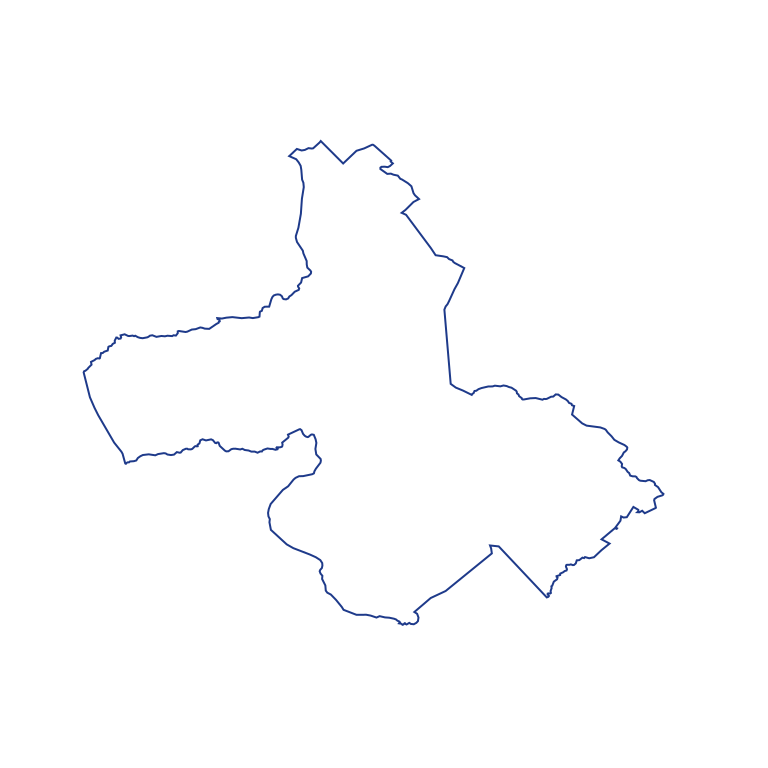 outline of Saldaña, Tolima, Colombia, rotated 282°
{"feature_id": "7082276B58225097542438", "entity_name": "Saldaña", "entity_type": "district", "adm_level": 2, "iso_a3": "COL", "parent_name": "Colombia", "parent_adm1": "Tolima", "projection": "equal_earth", "projection_center": [-75.023, 3.912], "detail": "fine", "context": "isolated", "style": "outline", "palette": "blue", "viewbox_px": 768, "rotation_deg": 282, "n_neighbors": 0, "source": "geoboundaries", "source_scale": "gbopen_adm2", "svg_char_len": 6155}
<svg xmlns="http://www.w3.org/2000/svg" viewBox="0 0 768 768"><g transform="rotate(282 384 384)"><path d="M587.2,243.9L585.6,251.4L583.0,254.5L580.1,257.1L576.3,258.6L566.9,261.4L564.1,263.3L559.9,264.6L548.1,265.2L533.2,267.3L519.0,267.8L510.4,267.0L508.6,267.4L504.8,269.4L497.5,276.9L495.0,278.0L488.2,282.8L484.8,283.6L481.9,284.8L479.7,288.4L478.6,289.4L476.9,289.5L473.5,287.4L470.6,281.9L466.0,281.8L462.2,279.4L461.5,279.6L459.8,281.2L458.3,281.0L455.7,277.5L451.7,275.0L449.9,273.2L447.8,272.5L446.4,270.6L446.2,268.1L446.7,267.2L448.6,265.9L449.7,263.8L449.6,261.6L448.9,259.7L447.7,257.8L446.0,256.8L443.5,256.2L435.8,255.6L434.8,251.3L433.1,249.5L430.2,249.3L429.0,247.7L428.5,247.6L424.0,248.2L423.2,247.1L421.2,242.0L421.0,238.2L418.8,231.1L417.9,221.8L416.1,216.0L414.3,211.8L413.8,207.2L413.0,207.6L412.4,209.8L411.1,210.3L410.4,209.5L409.5,209.5L407.9,207.6L401.6,201.6L400.9,197.2L401.2,194.6L401.1,192.5L398.5,188.4L397.3,184.7L394.3,180.7L393.6,179.1L393.2,172.3L392.6,171.3L390.8,171.7L388.1,170.4L387.9,168.0L386.8,166.8L386.2,162.2L385.1,159.8L384.7,156.3L382.8,151.6L383.5,147.3L382.6,145.0L381.2,143.8L380.4,142.7L378.6,138.4L378.4,135.8L378.6,133.6L379.5,130.6L378.8,129.6L379.1,128.1L377.9,124.8L377.8,123.7L378.7,120.0L376.8,116.2L375.0,117.2L373.7,116.9L373.0,115.0L373.9,113.4L373.8,112.5L370.4,111.6L368.4,112.2L366.8,110.3L364.6,109.4L363.7,107.4L363.0,106.7L359.3,106.8L357.4,103.6L355.8,102.4L355.4,100.8L350.1,100.7L349.8,100.4L349.7,98.7L348.7,97.0L347.2,95.9L344.7,92.8L342.1,93.9L338.3,91.4L337.3,91.1L334.9,89.2L334.1,88.0L332.9,87.8L309.9,99.1L300.5,105.8L294.0,111.0L270.6,132.2L263.2,141.2L261.4,142.8L252.5,147.4L252.3,148.1L253.4,148.7L254.1,149.6L254.3,150.8L255.4,151.6L256.5,155.4L257.7,157.6L260.4,158.6L262.7,160.7L264.4,162.9L266.3,168.5L266.7,175.1L268.5,177.6L270.6,183.1L270.7,184.9L270.0,186.8L270.2,190.4L271.3,193.3L274.3,195.5L274.3,198.5L274.7,199.4L277.5,200.9L279.5,203.7L279.8,205.0L279.4,205.9L279.9,208.7L280.7,210.0L283.6,211.9L284.1,212.7L284.1,214.0L284.4,214.7L285.9,214.3L287.5,215.8L290.7,216.0L292.2,218.0L291.8,221.6L293.9,226.4L293.5,228.3L291.2,231.2L291.3,232.4L292.1,232.9L292.4,233.7L292.2,234.4L289.3,236.2L285.7,242.3L285.3,243.7L285.9,245.9L288.5,248.2L289.3,249.9L289.8,252.0L290.1,257.0L291.2,258.9L290.5,261.5L290.8,265.4L290.3,268.2L291.0,271.6L290.5,274.6L292.3,276.9L292.6,278.6L293.9,279.1L294.9,280.3L296.7,283.4L296.9,286.7L297.3,288.2L297.1,291.5L298.0,293.4L298.5,293.5L299.3,292.1L299.8,292.3L300.4,295.4L301.3,297.1L301.9,297.4L303.6,297.4L305.5,296.6L311.6,301.5L312.7,301.7L314.5,300.6L322.0,310.5L322.4,311.3L321.7,312.9L318.4,315.2L316.9,317.2L316.3,318.8L316.2,320.4L316.5,321.0L319.1,323.0L319.7,324.0L319.7,325.9L315.7,328.6L312.3,330.1L306.2,330.4L301.0,332.4L297.5,337.6L295.9,338.2L293.8,338.2L287.0,335.0L284.2,334.1L282.0,334.0L280.8,332.5L277.1,324.1L276.1,320.0L273.8,317.0L271.7,315.4L264.0,311.5L259.4,307.1L243.1,298.1L237.6,297.3L233.8,297.4L230.5,298.5L228.1,300.4L224.9,300.7L217.8,303.7L206.9,322.2L204.6,329.4L201.8,346.9L200.4,353.3L198.5,358.3L196.0,360.8L193.6,361.5L191.1,361.5L189.0,360.3L187.5,360.0L185.4,361.3L183.6,363.6L180.4,364.0L174.8,368.5L169.8,370.0L168.1,371.9L167.0,375.8L162.9,381.9L157.1,389.1L154.7,391.4L152.5,405.1L154.6,414.6L154.7,419.0L154.0,425.2L156.0,428.0L155.9,433.5L156.5,437.8L156.5,442.6L156.2,444.7L155.3,446.3L154.8,448.5L154.2,449.1L153.0,448.5L153.1,451.0L152.3,452.1L152.7,452.9L154.3,453.9L154.3,454.5L153.7,454.9L153.5,456.1L155.6,458.4L154.9,460.2L155.2,463.1L157.1,465.3L159.1,466.5L162.7,466.3L166.1,464.2L167.3,461.1L184.4,474.2L194.3,487.3L240.7,524.7L245.4,523.0L248.1,521.3L249.0,530.0L209.1,587.6L210.0,589.0L211.0,589.4L212.2,587.8L213.0,587.7L213.4,588.4L213.6,590.1L214.3,590.7L216.1,590.0L219.2,590.4L220.9,589.8L221.6,590.5L226.0,591.2L229.0,593.9L230.7,594.0L231.3,592.9L231.9,592.7L233.8,596.0L235.2,595.8L237.1,598.4L238.6,599.6L239.5,601.3L240.9,601.5L243.2,599.9L244.6,599.9L245.1,600.3L245.7,603.0L246.4,604.3L246.1,606.4L246.5,607.5L248.4,608.9L251.6,609.2L252.3,611.6L255.4,614.2L255.3,615.9L256.5,616.6L256.2,620.9L258.2,625.4L266.6,631.2L274.8,637.8L277.3,629.1L291.0,639.8L290.7,641.7L291.3,642.0L291.8,640.2L299.4,643.7L303.8,643.5L303.2,646.1L304.2,649.2L315.6,653.5L313.8,658.9L312.4,659.3L311.3,658.5L311.6,660.5L313.7,662.9L311.8,665.9L319.1,675.4L319.5,675.7L326.4,672.4L327.8,672.5L330.5,675.0L332.9,679.3L333.8,680.1L334.6,680.2L335.8,677.8L340.1,673.5L341.6,670.0L342.8,669.8L344.3,668.3L345.3,663.9L344.7,662.0L343.3,660.1L342.7,654.8L343.0,653.4L344.5,651.1L345.5,650.3L345.9,649.1L345.4,646.4L345.6,643.9L347.9,642.3L348.7,640.6L351.1,638.1L351.8,636.6L352.0,634.3L353.0,633.6L355.3,633.5L357.2,631.3L358.0,629.1L360.3,630.0L363.2,631.8L366.9,632.8L368.3,634.1L370.5,635.3L372.4,635.2L373.0,634.6L374.3,631.9L375.7,625.7L377.3,620.9L380.2,617.4L383.2,612.8L385.3,610.5L385.9,609.1L386.5,604.6L385.4,590.8L386.7,586.0L393.2,574.3L402.0,574.6L402.3,572.3L403.6,571.5L404.0,568.9L405.5,567.4L406.7,565.2L408.1,560.4L409.9,556.7L409.5,554.1L406.9,552.2L406.3,550.1L403.3,546.3L402.9,545.3L402.7,543.6L401.6,542.3L401.8,535.3L400.4,530.0L397.9,523.9L397.7,522.7L398.1,522.0L398.8,521.7L400.2,518.7L401.7,517.7L402.5,516.0L404.1,515.4L404.9,514.6L406.9,509.5L407.0,506.9L407.5,504.4L407.4,501.2L405.9,498.3L405.4,492.8L404.2,490.7L403.3,486.6L400.3,480.2L398.6,477.5L396.6,475.7L396.0,474.0L393.6,473.5L392.8,472.5L391.6,472.1L394.0,462.6L395.4,455.0L398.0,449.2L469.3,427.6L472.7,428.2L475.2,429.5L478.6,430.4L491.3,433.2L498.1,435.3L514.1,438.4L517.1,427.9L518.0,426.2L519.1,425.3L519.7,421.7L521.2,419.3L521.2,415.5L520.7,407.7L526.5,401.8L554.1,370.4L555.1,365.7L558.6,368.7L568.2,375.0L572.2,379.8L575.0,375.1L576.8,373.2L583.1,369.7L585.4,365.6L587.8,359.0L588.1,357.3L590.7,354.2L590.7,349.7L591.2,347.0L590.2,343.5L593.5,335.8L594.9,335.5L595.9,336.4L596.7,339.5L596.9,342.6L598.4,344.5L601.6,346.8L603.0,344.3L604.0,344.6L615.1,325.1L615.7,323.6L615.6,322.7L610.3,315.6L606.4,308.6L591.2,298.2L608.5,271.6L607.0,270.9L599.8,265.7L599.3,264.4L599.0,261.1L596.5,257.9L595.3,254.9L595.8,249.9L587.2,243.9Z" fill="none" stroke="#1e3a8a" stroke-width="2"/></g></svg>